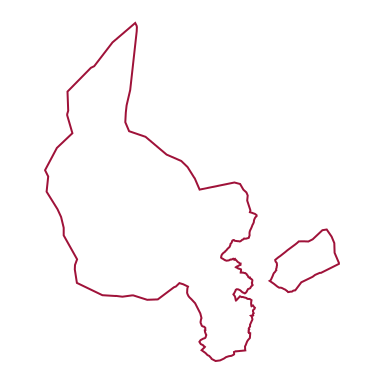 Oyo West, Oyo, Nigeria
{"feature_id": "59680162B62394297156991", "entity_name": "Oyo West", "entity_type": "district", "adm_level": 2, "iso_a3": "NGA", "parent_name": "Nigeria", "parent_adm1": "Oyo", "projection": "orthographic", "projection_center": [3.921, 7.958], "detail": "fine", "context": "isolated", "style": "outline", "palette": "rose", "viewbox_px": 384, "rotation_deg": 0, "n_neighbors": 0, "source": "geoboundaries", "source_scale": "gbopen_adm2", "svg_char_len": 5966}
<svg xmlns="http://www.w3.org/2000/svg" viewBox="0 0 384 384"><path d="M76.9,282.9L102.4,295.2L115.6,296.0L115.9,295.9L122.4,296.7L132.0,295.4L133.3,295.4L147.2,299.8L157.8,299.4L173.9,287.3L175.9,286.5L179.4,283.1L183.3,284.3L188.0,286.6L187.4,288.2L187.3,289.4L187.2,290.3L187.2,291.2L187.1,292.8L187.6,294.3L188.6,296.3L189.7,297.6L191.3,299.1L195.1,303.2L200.3,313.4L201.5,318.1L201.2,318.7L201.1,319.4L200.8,320.2L200.8,321.0L200.5,322.0L200.8,323.4L201.2,324.1L201.3,324.5L201.8,325.8L202.8,326.4L203.5,326.6L204.0,326.8L204.3,326.8L204.5,327.0L204.8,327.5L205.2,327.8L205.3,327.9L205.3,328.2L205.3,329.4L205.4,330.1L204.8,330.3L204.9,331.2L205.1,332.2L205.9,334.3L206.3,335.0L205.8,336.5L205.6,337.3L205.3,337.8L204.9,338.1L203.8,338.5L203.5,338.5L200.6,340.1L199.4,341.8L199.7,342.4L200.8,344.1L201.4,344.4L202.9,345.1L203.4,345.5L203.7,346.1L204.3,346.4L204.9,346.9L204.5,347.4L203.5,348.3L201.6,350.2L205.5,353.0L207.5,355.1L209.2,355.9L211.3,358.2L211.6,358.9L215.6,361.0L220.1,360.4L223.9,358.6L226.1,357.1L228.9,356.2L231.5,355.8L233.1,355.0L233.8,354.6L234.1,354.3L234.1,353.6L234.0,352.0L235.9,351.2L236.1,351.2L236.3,351.3L236.9,351.3L238.1,351.1L238.8,351.1L240.3,350.9L241.7,350.8L243.4,350.6L243.8,350.6L245.3,350.4L245.1,349.3L245.1,348.0L245.0,346.5L245.8,344.9L246.4,343.3L247.1,341.5L248.0,340.1L249.4,338.5L249.7,338.3L249.9,337.7L250.2,333.8L250.2,333.2L249.1,333.1L249.1,332.4L248.6,332.3L248.5,332.2L248.7,331.0L248.6,330.6L248.8,330.3L249.2,329.4L248.7,329.0L248.7,328.8L248.8,328.4L249.0,328.0L250.1,326.4L250.1,326.0L250.0,324.8L250.1,324.6L251.0,322.6L251.4,321.7L251.5,321.4L252.1,320.3L252.4,319.5L252.4,319.0L252.2,318.4L251.7,316.3L251.5,316.1L251.1,315.9L250.9,315.7L251.2,315.6L252.5,315.6L253.0,315.6L253.2,315.4L253.0,315.0L252.9,314.6L253.1,313.6L253.7,313.3L253.7,313.2L253.0,311.6L252.9,311.0L253.1,310.2L253.5,309.7L254.1,309.3L254.6,308.7L254.6,308.3L254.9,307.8L254.0,306.9L252.9,305.4L251.5,306.2L251.4,306.0L251.3,305.5L251.2,304.6L251.1,303.3L251.2,301.8L251.5,300.6L251.5,300.1L251.3,300.0L250.8,299.7L249.8,299.0L249.0,298.9L248.1,299.0L247.0,298.6L246.6,298.1L245.4,297.7L244.4,297.5L242.9,297.0L242.3,297.0L241.7,297.1L240.8,296.7L240.0,296.3L236.7,299.9L236.0,300.5L235.7,300.0L235.2,297.3L234.9,296.5L234.6,295.9L233.7,294.8L233.4,294.3L233.5,294.2L233.8,294.0L235.6,290.5L235.8,290.0L235.8,289.8L236.8,289.2L238.3,289.4L240.2,290.3L240.5,290.5L241.5,291.5L242.6,292.4L243.7,292.8L244.3,293.1L244.5,293.3L245.0,293.3L245.4,293.1L246.5,291.9L247.5,290.0L248.0,289.1L248.4,289.0L250.2,288.2L251.2,286.4L252.2,285.6L252.6,285.1L252.3,284.9L252.1,284.5L252.1,283.5L251.9,283.2L251.9,282.8L251.9,282.6L252.1,282.4L252.1,282.0L252.4,280.6L252.3,280.0L252.2,279.8L251.6,279.3L251.4,279.0L250.8,278.8L250.2,278.4L250.2,277.8L250.0,277.5L249.8,277.6L249.7,277.7L249.4,277.8L249.3,277.6L248.9,277.2L248.3,277.0L248.2,276.4L247.8,276.0L247.7,275.7L247.5,275.4L247.4,275.2L247.2,275.1L246.8,274.7L246.6,274.1L246.4,273.9L245.8,273.5L245.3,273.1L245.1,273.0L244.6,273.1L243.1,272.6L242.6,272.6L242.2,272.7L241.8,272.5L241.5,272.6L240.7,272.6L240.7,272.2L240.8,272.0L241.0,270.6L241.1,269.9L241.0,269.4L239.5,268.8L239.1,268.8L238.5,268.5L238.2,268.5L237.2,267.8L236.3,267.5L235.9,267.2L236.9,266.5L237.8,266.2L239.0,265.4L240.5,264.9L240.6,263.8L240.6,263.6L240.3,263.6L240.2,263.6L239.8,263.3L238.7,262.5L238.3,262.3L238.0,262.1L237.5,261.7L236.4,260.4L235.8,259.9L235.6,259.6L235.4,259.4L235.2,259.6L235.1,259.8L234.9,259.8L234.8,259.7L234.8,259.4L234.6,259.5L234.6,259.4L234.4,259.4L234.4,259.2L234.2,259.3L233.7,258.8L233.2,258.7L233.0,258.8L232.6,259.1L232.2,259.2L231.7,259.5L230.9,259.6L230.7,259.5L230.3,259.7L229.8,259.8L229.4,260.1L228.8,260.4L227.2,260.6L226.7,260.7L226.3,260.7L225.7,260.4L225.4,260.2L225.0,260.2L224.5,259.9L223.2,259.0L222.1,258.4L221.5,258.1L221.1,257.6L221.1,257.2L221.5,255.4L222.1,254.3L223.4,252.9L224.7,252.0L225.1,251.6L225.3,251.2L226.4,250.3L227.2,249.2L228.8,247.6L229.3,247.3L229.8,246.5L230.0,245.8L230.3,245.3L230.4,244.8L230.4,244.1L231.0,243.4L231.5,242.8L231.9,242.0L232.0,241.4L232.3,240.7L232.6,240.4L233.7,240.0L233.9,240.0L234.3,240.6L234.9,240.8L237.9,241.2L238.6,241.2L239.8,241.5L240.4,241.2L241.1,240.8L242.1,239.9L242.5,239.6L243.0,239.5L243.5,239.3L244.1,238.5L244.7,238.6L245.3,238.7L245.9,238.7L246.6,238.5L247.2,238.3L248.1,238.1L248.9,237.7L249.0,236.9L249.1,236.7L249.6,235.4L249.5,233.0L249.8,231.2L250.1,230.7L250.2,230.2L250.9,228.9L251.8,226.8L252.5,224.9L253.2,223.7L253.8,222.2L254.0,220.3L254.6,218.7L255.3,217.4L256.6,216.1L256.6,215.2L255.5,214.3L254.8,213.8L253.2,213.3L252.3,212.9L249.9,212.2L250.4,210.3L247.2,200.6L247.7,195.5L246.4,192.4L243.4,189.7L240.1,184.0L234.4,182.5L199.6,189.6L194.7,178.2L194.3,177.8L187.6,167.1L181.3,161.0L166.6,154.6L145.5,136.8L129.1,131.2L125.3,122.2L125.8,112.6L126.6,105.4L130.2,90.0L136.7,31.4L136.9,27.1L136.6,25.7L135.2,23.0L112.5,42.4L94.2,66.2L90.9,67.8L67.5,91.6L68.2,110.7L67.2,114.1L67.2,115.3L72.4,133.2L56.9,147.9L45.1,170.1L45.1,170.3L48.2,176.5L46.6,191.7L57.5,209.2L61.1,217.0L63.7,227.8L63.7,235.4L77.1,259.3L75.0,265.0L74.8,269.4L76.9,282.9ZM269.7,280.9L273.9,283.8L277.4,286.6L279.2,287.7L281.0,287.7L282.4,288.2L283.6,288.9L285.2,289.6L286.5,290.6L286.9,291.0L287.1,291.0L287.6,291.5L288.1,292.1L289.0,292.0L289.7,291.8L290.3,291.7L291.2,291.7L291.7,291.6L292.4,291.4L293.0,290.8L293.4,290.6L294.2,290.5L294.7,290.3L295.0,290.4L295.3,290.3L301.3,282.3L312.6,276.8L315.1,274.9L319.7,272.9L320.9,272.9L338.9,263.9L338.9,262.9L334.6,252.8L334.3,243.1L331.6,236.6L326.7,229.5L322.4,230.2L312.7,239.3L308.4,241.5L303.4,241.3L298.8,241.4L297.2,242.9L295.2,244.5L287.5,250.2L285.1,252.2L280.0,256.2L278.5,257.2L275.2,259.9L275.3,260.7L275.7,261.7L276.3,262.4L276.8,263.1L277.0,265.2L276.7,266.6L276.6,267.7L276.2,268.7L276.1,269.7L276.3,270.2L275.8,270.7L274.9,272.1L274.1,272.8L273.4,274.0L272.6,276.1L271.2,279.2L270.6,280.2L270.2,280.6L269.7,280.9Z" fill="none" stroke="#9f1239" stroke-width="2"/></svg>